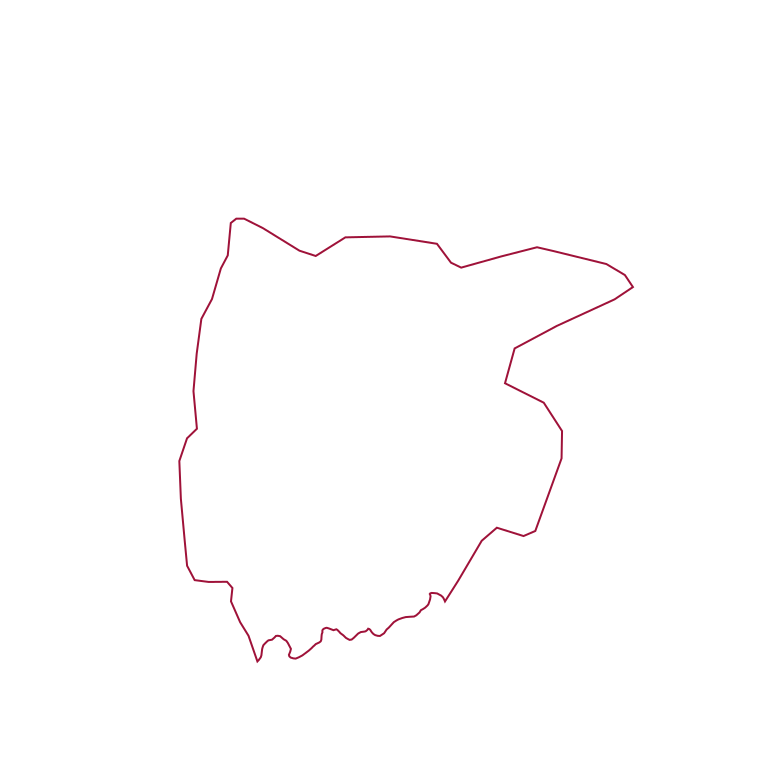 outline of San Antonio, Salto, Uruguay, rotated 329°
{"feature_id": "84410073B94997930577424", "entity_name": "San Antonio", "entity_type": "district", "adm_level": 2, "iso_a3": "URY", "parent_name": "Uruguay", "parent_adm1": "Salto", "projection": "orthographic", "projection_center": [-57.814, -31.368], "detail": "fine", "context": "isolated", "style": "outline", "palette": "rose", "viewbox_px": 768, "rotation_deg": 329, "n_neighbors": 0, "source": "geoboundaries", "source_scale": "gbopen_adm2", "svg_char_len": 2014}
<svg xmlns="http://www.w3.org/2000/svg" viewBox="0 0 768 768"><g transform="rotate(329 384 384)"><path d="M324.3,601.8L346.3,590.8L387.0,568.7L406.7,565.3L425.3,586.2L438.0,587.9L497.9,539.2L512.4,516.0L511.3,482.3L488.1,445.7L514.3,420.8L561.9,423.2L625.3,430.2L647.3,429.1L646.6,414.7L636.4,395.7L597.9,357.5L585.6,345.6L550.1,335.0L510.1,324.0L503.9,314.5L501.6,291.1L465.2,260.6L426.4,238.4L391.4,239.1L380.2,226.2L360.4,187.9L349.2,170.2L342.5,166.2L335.6,167.1L316.3,193.3L303.7,200.9L280.3,222.6L261.0,234.1L239.1,261.5L217.0,292.0L200.6,326.0L187.2,329.1L168.9,344.6L150.8,377.7L132.5,415.6L121.6,438.4L120.7,454.6L131.8,463.4L147.6,472.7L149.0,480.8L140.9,491.5L138.0,514.1L138.2,530.0L132.6,556.6L134.5,556.1L137.6,554.8L139.2,553.4L141.9,549.9L143.0,548.5L144.1,547.4L146.0,545.8L148.0,545.2L151.3,544.4L152.9,544.2L154.5,544.8L156.3,545.5L159.6,544.9L161.6,544.3L163.3,545.1L165.1,546.7L166.5,551.1L168.0,553.8L168.2,556.4L167.8,563.1L165.8,565.1L163.0,567.2L162.6,568.7L163.1,570.4L165.0,572.5L166.9,573.9L170.3,574.4L174.2,574.6L182.2,573.8L185.9,573.1L188.1,572.5L189.5,572.3L191.5,571.8L195.4,572.2L197.2,572.0L198.6,570.9L200.8,567.7L201.8,566.4L203.3,565.2L204.1,563.7L205.0,563.0L206.5,562.8L208.4,563.1L209.4,563.5L211.0,565.3L213.9,569.0L216.8,569.7L217.4,570.8L218.1,573.7L218.3,575.1L219.7,578.5L220.6,582.0L221.6,583.8L222.7,585.6L224.7,586.4L227.4,586.0L233.2,584.6L234.5,584.6L236.1,584.7L236.4,584.7L239.6,586.1L240.8,586.5L241.9,586.4L243.2,586.2L244.4,585.6L245.2,586.5L245.6,587.7L245.6,589.2L245.7,590.7L246.2,592.9L247.1,594.7L249.0,596.7L250.8,597.9L255.7,597.7L259.8,595.8L262.6,595.3L269.7,593.2L272.8,593.1L275.1,593.2L275.6,593.3L279.2,594.0L282.6,595.0L286.0,596.7L290.0,598.8L292.6,598.9L296.8,598.1L299.1,596.9L301.8,597.0L304.1,596.9L307.3,596.2L308.7,595.6L312.5,592.4L314.6,589.9L315.1,588.2L315.1,587.6L315.8,587.3L317.2,587.6L319.9,589.5L321.7,590.9L322.8,592.8L324.0,594.8L324.7,597.3L324.6,599.5L324.3,601.8Z" fill="none" stroke="#9f1239" stroke-width="2"/></g></svg>